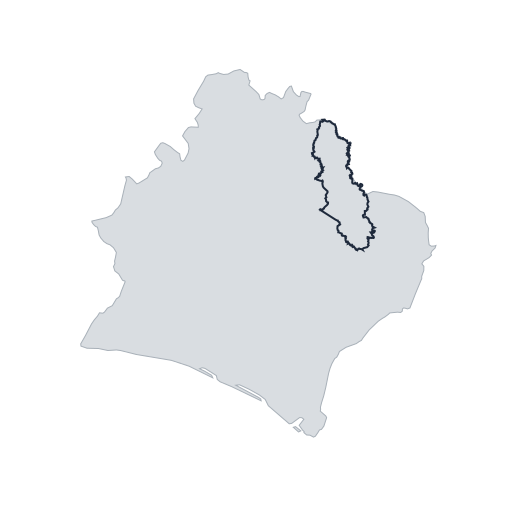 Tchologo, Savanes, Ivory Coast (highlighted), rotated 31°
{"feature_id": "98640826B18937667882346", "entity_name": "Tchologo", "entity_type": "district", "adm_level": 2, "iso_a3": "CIV", "parent_name": "Ivory Coast", "parent_adm1": "Savanes", "projection": "mercator", "projection_center": [-4.919, 9.548], "detail": "fine", "context": "in_parent", "style": "outline", "palette": "slate", "viewbox_px": 512, "rotation_deg": 31, "n_neighbors": 0, "source": "geoboundaries", "source_scale": "gbopen_adm2", "svg_char_len": 9738}
<svg xmlns="http://www.w3.org/2000/svg" viewBox="0 0 512 512"><g transform="rotate(31 256 256)"><path d="M129.2,118.3L130.7,118.2L134.7,117.1L138.4,114.4L141.7,108.8L146.3,104.3L151.5,104.6L153.0,103.8L154.8,103.6L157.0,106.6L159.2,108.8L160.7,108.9L161.8,113.2L171.3,115.0L175.3,116.1L178.7,119.2L179.9,119.3L181.3,118.7L182.4,117.6L182.6,116.4L181.2,113.6L181.8,111.0L183.3,108.8L185.8,108.6L189.4,108.0L193.6,108.0L196.7,108.4L198.0,106.1L196.8,99.8L197.1,96.3L197.6,93.3L198.8,92.1L203.4,95.9L207.7,97.2L210.7,97.3L211.6,96.6L210.3,92.6L210.6,91.3L211.8,90.6L213.8,90.2L219.2,88.6L219.8,88.9L220.8,95.3L220.3,97.4L221.5,101.7L222.9,105.7L222.8,107.3L221.6,109.8L220.3,112.1L220.4,113.1L222.6,114.6L226.7,116.2L231.0,116.6L233.4,114.2L235.9,112.3L237.6,110.6L238.2,108.1L240.9,106.3L248.7,104.0L255.9,103.6L257.6,104.3L260.9,107.9L265.0,110.3L271.2,110.0L275.8,111.4L279.7,114.1L282.3,120.1L285.2,124.4L286.4,130.6L291.0,133.8L294.5,135.3L299.4,139.8L304.4,142.0L309.5,141.5L311.9,143.8L315.8,145.5L319.6,145.6L323.0,140.5L327.5,138.4L338.8,134.3L343.3,132.4L347.8,131.3L358.8,130.9L368.9,132.2L373.9,133.1L377.4,132.4L380.6,134.9L384.0,140.0L386.8,141.6L389.6,143.4L391.7,147.5L394.2,151.5L395.5,153.3L398.6,157.2L401.2,157.3L403.7,155.6L404.8,154.3L405.4,156.9L404.3,161.1L404.5,163.8L406.0,164.8L405.2,168.2L402.2,173.9L402.2,177.3L405.2,178.4L407.3,182.0L408.5,188.1L409.8,190.2L409.9,191.5L412.1,206.4L414.7,221.3L413.1,223.3L410.7,223.9L409.2,224.6L408.8,226.0L409.8,228.0L409.1,229.9L406.3,231.2L400.0,235.9L399.5,237.8L397.9,241.8L396.5,244.3L394.4,248.9L391.1,261.0L389.9,271.0L389.8,274.1L388.5,276.2L387.1,279.4L380.2,287.9L376.7,294.9L377.2,298.0L377.3,301.1L376.3,303.3L376.5,309.2L377.3,314.1L378.6,319.0L383.5,332.8L386.1,341.1L387.7,347.8L389.1,352.4L390.4,354.2L391.0,355.9L398.3,357.2L399.8,358.2L401.8,366.9L401.4,370.9L400.0,372.4L400.0,375.7L399.7,379.9L398.6,381.6L394.5,381.8L391.7,383.3L388.0,382.7L387.7,381.7L385.7,381.3L380.2,378.9L381.1,371.3L378.6,371.0L376.6,372.0L372.8,381.1L370.9,382.7L343.7,378.0L337.8,374.2L330.7,373.4L318.3,373.8L308.2,374.9L305.2,377.2L331.0,375.9L333.7,376.1L335.0,377.5L302.5,380.5L290.1,382.3L286.4,381.8L283.6,378.9L270.2,378.6L267.4,379.5L265.7,381.7L271.0,381.2L279.4,381.1L281.7,382.7L255.5,384.9L237.3,389.0L229.6,392.0L204.3,402.0L188.8,406.7L184.8,408.4L177.7,413.3L168.7,416.4L158.6,422.1L152.4,423.4L151.0,421.6L150.8,411.9L150.0,398.9L150.3,393.9L151.1,389.2L151.1,385.3L154.2,383.9L155.0,382.2L155.5,377.2L158.4,372.6L158.4,364.6L159.3,362.9L159.9,360.8L158.7,355.5L157.1,345.5L156.3,344.9L155.6,345.3L154.0,345.5L147.6,342.1L142.7,341.5L139.3,338.5L139.0,335.2L137.4,333.2L136.2,329.4L134.5,324.9L129.6,322.3L125.1,321.6L121.9,322.2L118.1,322.0L113.7,320.5L110.7,318.8L107.9,315.6L105.3,313.0L103.2,313.3L100.6,312.7L98.1,311.6L97.3,310.6L107.8,300.3L111.4,295.2L111.8,292.2L111.8,289.0L112.9,285.8L113.2,281.0L107.4,263.2L105.9,257.7L104.4,256.1L103.4,255.5L106.3,253.2L110.4,253.8L116.6,255.6L118.0,253.9L122.7,244.9L122.5,241.6L122.1,239.3L124.8,233.1L127.0,230.8L128.2,228.2L127.8,224.7L126.2,223.4L124.0,223.6L121.4,222.8L117.4,220.8L115.3,219.0L116.0,210.9L116.3,208.4L117.8,206.9L119.9,206.5L126.1,206.3L131.1,207.2L135.5,207.7L137.9,207.7L139.8,210.1L142.3,212.6L144.5,212.6L145.3,210.7L144.8,202.7L143.3,198.5L139.9,194.4L131.2,190.9L131.0,186.0L131.9,180.7L133.8,178.8L140.2,175.4L139.1,173.6L137.0,171.7L132.9,169.7L133.9,163.4L134.1,157.7L130.6,158.4L127.1,158.7L124.1,157.0L121.6,153.5L121.1,144.1L121.1,133.1L120.6,128.3L121.6,125.7L124.6,123.3L128.0,120.3L129.2,118.3ZM384.5,382.8L383.1,384.9L376.2,383.6L377.8,381.9L384.5,382.8Z" fill="#d9dde1" stroke="#a8b0b8" stroke-width="1"/><path d="M321.0,148.3L320.7,148.4L319.9,147.6L319.6,147.0L318.9,146.8L317.7,147.2L317.6,148.5L316.7,148.4L316.0,147.3L315.8,145.6L314.8,144.8L313.4,145.4L311.7,145.4L311.0,145.7L310.6,145.6L310.1,144.6L310.0,142.9L310.1,142.5L310.8,141.8L310.9,141.3L310.7,140.5L310.1,140.1L308.8,140.2L308.4,140.4L308.3,141.1L308.8,142.0L307.8,143.3L306.8,143.2L306.2,142.4L305.2,141.6L304.6,142.7L303.5,142.2L303.2,142.5L302.8,143.6L301.3,144.0L300.5,143.3L299.7,141.6L299.0,140.8L298.8,140.2L297.5,139.8L297.1,140.2L297.3,140.7L296.7,140.8L296.5,140.6L296.5,140.0L295.9,139.7L295.7,139.1L295.1,139.0L294.8,138.7L294.9,138.2L296.1,138.6L296.3,138.6L296.0,137.7L295.9,136.6L296.3,135.9L295.5,135.1L294.5,135.2L294.1,134.0L291.1,133.3L289.8,132.7L289.0,133.0L288.7,133.9L288.2,133.3L287.2,132.9L286.7,132.0L286.8,131.5L287.4,131.0L287.1,129.8L287.9,129.9L288.3,129.5L287.4,128.9L287.2,128.2L286.4,128.0L286.0,127.7L285.9,127.3L286.2,126.5L286.4,126.5L287.0,127.2L287.2,126.9L286.6,124.9L285.3,123.6L284.1,123.3L284.0,122.8L284.8,121.6L284.6,121.4L283.5,121.9L282.9,122.6L282.4,122.4L281.9,122.5L281.9,122.2L282.5,121.8L282.8,121.4L281.9,121.4L281.0,121.2L281.2,120.5L281.8,120.4L282.5,120.8L282.8,120.7L282.8,120.3L282.6,120.0L281.2,119.6L281.2,118.9L281.7,117.8L281.5,117.5L281.1,117.4L279.9,118.0L279.5,117.7L279.6,117.4L280.2,117.3L280.5,117.0L280.6,115.3L280.2,115.3L278.8,116.3L278.5,116.1L279.3,114.5L279.1,114.3L278.6,114.0L278.5,113.6L279.8,112.7L279.5,112.3L278.8,112.3L278.6,112.1L279.1,111.2L279.0,110.8L278.4,111.1L278.0,110.6L277.2,111.7L276.2,112.0L275.4,111.2L274.4,110.8L274.8,110.3L274.6,110.1L273.7,110.8L272.9,110.4L272.2,110.4L271.7,110.8L271.1,110.5L270.5,110.7L269.8,110.1L269.4,110.4L269.5,111.1L269.0,111.0L267.9,111.7L266.6,111.1L266.2,112.0L265.8,112.1L265.5,111.5L264.5,111.6L263.6,111.0L263.0,109.9L262.5,110.1L262.1,110.0L261.9,109.0L261.2,109.0L260.8,108.8L261.0,108.1L260.7,107.4L260.5,107.1L259.8,107.3L259.4,105.7L258.6,104.9L258.3,104.9L258.2,104.5L257.5,103.8L256.3,103.1L255.8,102.5L254.6,103.0L253.5,102.8L252.9,103.0L252.0,102.6L251.2,102.7L250.7,102.3L249.6,102.5L249.1,102.7L247.7,104.1L245.9,104.3L244.6,103.7L242.8,105.0L244.3,105.6L243.9,106.7L242.1,107.3L241.8,107.6L242.8,109.9L242.8,110.5L243.7,111.3L243.9,111.8L243.6,113.3L244.2,113.8L244.2,114.7L243.3,115.9L244.1,116.6L244.5,117.8L246.7,120.4L246.4,121.2L247.1,122.1L247.3,122.9L246.7,124.1L247.3,125.9L246.7,127.0L247.3,128.3L247.2,128.9L247.6,129.2L247.6,130.2L247.8,130.6L247.6,130.7L247.9,131.5L248.5,132.1L249.4,132.4L249.6,132.9L249.1,133.5L249.2,133.9L249.5,134.3L250.1,134.3L250.3,135.5L252.2,136.4L252.0,136.6L252.2,137.0L251.9,137.9L251.2,138.4L250.9,139.0L251.2,139.3L251.7,139.2L251.6,139.7L251.8,139.9L252.3,139.6L252.7,139.8L253.0,140.8L253.4,140.4L254.9,141.1L255.0,140.6L255.7,140.5L255.4,140.7L255.3,141.0L256.1,141.7L256.1,141.1L255.8,140.8L256.3,141.0L256.7,140.8L257.0,141.0L257.6,140.4L257.8,140.7L257.6,140.8L258.0,140.9L258.3,140.5L259.0,140.7L260.4,139.8L260.8,140.6L260.6,141.0L260.9,141.2L261.1,141.0L261.5,141.2L261.3,141.4L260.6,141.4L260.4,142.0L261.5,141.9L262.0,142.5L263.0,142.4L263.5,143.2L264.6,143.5L264.4,144.4L265.5,144.3L265.8,144.8L265.7,145.8L266.3,145.8L266.6,145.4L266.9,145.7L266.8,146.7L267.1,146.7L268.0,145.7L268.0,146.0L267.5,146.5L267.5,147.0L268.3,147.2L268.3,147.5L268.1,147.4L267.9,147.8L268.2,148.1L269.2,148.1L268.9,148.8L269.6,149.5L268.8,150.0L269.4,150.3L268.9,151.0L269.1,151.4L269.0,152.6L268.6,153.1L267.7,152.7L267.5,153.0L268.2,154.2L269.1,153.7L269.6,153.8L269.6,154.1L269.6,154.3L268.8,154.3L267.9,154.9L268.0,155.1L268.6,155.3L268.9,156.2L268.4,156.6L267.8,156.5L267.5,156.7L267.7,157.5L267.2,158.0L267.5,158.3L266.7,159.0L267.0,159.4L267.3,159.0L268.1,158.8L269.3,159.2L270.1,158.7L270.4,158.8L272.0,158.5L273.4,157.9L273.9,158.0L274.2,157.1L274.4,157.2L275.0,157.9L275.6,159.8L277.6,162.0L278.9,162.6L284.0,163.7L284.6,164.7L284.4,167.9L285.0,168.3L285.6,169.1L286.1,169.4L285.7,170.9L286.8,171.4L287.9,172.9L288.2,172.8L289.9,173.6L290.3,173.2L290.8,174.1L290.7,175.5L289.7,178.6L289.5,180.0L289.8,180.3L289.4,180.8L289.3,181.7L288.7,181.9L288.5,182.3L288.6,182.5L288.2,182.6L287.7,183.2L287.5,182.8L287.0,182.8L286.9,183.4L305.2,183.9L307.1,183.8L307.9,183.5L308.2,183.9L309.2,184.2L310.3,184.1L311.0,185.0L311.1,185.8L311.8,185.7L311.8,185.8L311.0,187.5L310.5,188.2L310.6,188.6L311.6,190.6L312.7,191.7L313.6,191.8L314.3,193.3L314.9,193.0L316.0,193.0L318.0,192.6L318.7,193.9L319.1,194.2L319.5,193.9L320.1,194.0L320.5,193.5L321.7,193.4L322.2,193.0L322.6,193.3L323.0,193.0L323.3,193.2L323.1,193.8L323.5,194.1L323.6,194.4L323.3,194.5L323.5,194.8L324.0,194.8L324.2,195.8L324.8,196.6L325.4,196.9L326.0,197.6L326.5,197.6L326.7,196.8L327.1,196.8L326.9,196.5L327.2,196.3L328.5,197.2L328.6,197.9L329.1,197.2L331.1,198.2L331.3,198.2L331.5,197.6L332.1,198.0L332.6,197.6L333.1,197.9L333.1,197.2L333.7,197.5L333.9,197.9L334.3,197.8L334.6,198.2L335.2,197.5L336.9,198.3L337.8,198.3L338.0,198.5L337.9,198.9L338.3,199.1L338.5,199.1L338.5,198.8L339.2,199.0L339.7,198.5L339.9,198.6L340.0,197.0L340.6,196.4L341.4,196.5L342.7,195.8L344.1,195.8L343.6,195.5L344.1,193.9L346.8,191.1L347.1,188.9L346.1,188.5L345.9,187.0L345.4,186.2L344.5,185.8L344.4,184.8L344.0,184.1L342.5,183.6L341.9,182.3L343.1,181.8L344.2,182.2L345.1,181.0L345.9,181.0L346.4,180.5L347.4,180.1L347.6,179.6L347.4,179.2L346.5,178.6L344.6,178.3L343.5,177.0L343.0,177.1L342.1,176.7L342.9,176.2L342.9,175.0L343.3,174.4L343.6,174.4L344.0,174.6L344.7,175.6L345.1,175.1L345.1,173.6L344.9,173.3L344.0,173.4L343.8,173.8L343.4,174.0L342.8,174.1L342.0,173.8L341.7,172.1L343.0,170.6L340.5,170.7L339.6,169.8L339.5,169.1L339.2,168.8L337.6,168.8L337.2,169.0L336.9,168.9L336.9,168.6L336.4,168.3L335.6,168.5L334.5,167.1L333.6,166.9L333.2,166.1L332.6,166.0L332.0,166.2L330.5,165.8L328.3,167.6L326.8,166.4L326.7,165.9L326.9,165.4L328.1,164.5L326.1,161.4L327.3,160.5L327.3,159.5L327.7,159.0L327.6,158.4L327.0,158.3L326.7,157.8L327.0,155.9L324.9,154.5L324.3,153.2L324.4,151.4L323.7,151.1L323.2,150.5L322.6,150.3L321.4,148.6L321.0,148.3Z" fill="none" stroke="#1e293b" stroke-width="2"/></g></svg>